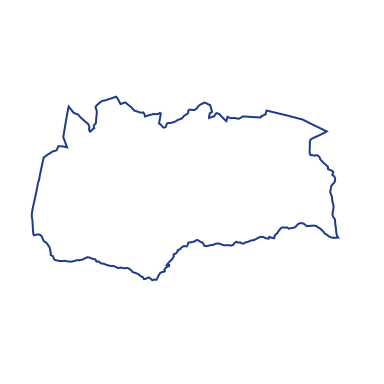 Keiyo South, Rift Valley, Kenya, rotated 102°
{"feature_id": "3690345B51361114330680", "entity_name": "Keiyo South", "entity_type": "district", "adm_level": 2, "iso_a3": "KEN", "parent_name": "Kenya", "parent_adm1": "Rift Valley", "projection": "mercator", "projection_center": [35.567, 0.379], "detail": "fine", "context": "isolated", "style": "outline", "palette": "blue", "viewbox_px": 384, "rotation_deg": 102, "n_neighbors": 0, "source": "geoboundaries", "source_scale": "gbopen_adm2", "svg_char_len": 6057}
<svg xmlns="http://www.w3.org/2000/svg" viewBox="0 0 384 384"><g transform="rotate(102 192 192)"><path d="M189.0,344.2L193.7,344.3L206.9,344.3L212.3,344.1L213.1,344.2L214.0,344.5L224.5,344.3L230.8,344.3L238.8,344.4L242.3,344.4L245.0,344.3L249.1,343.7L250.0,343.3L253.0,342.2L256.5,341.2L260.5,340.1L262.8,339.5L265.5,338.7L267.2,337.8L266.2,335.6L265.4,333.5L265.7,331.0L267.2,329.3L267.7,329.0L269.4,327.9L270.9,326.6L271.8,324.3L272.9,322.5L274.3,321.5L275.1,320.3L276.8,319.2L278.7,318.5L281.0,317.5L282.9,317.2L283.7,314.7L286.0,313.3L287.0,311.9L287.0,309.1L287.0,307.3L286.6,304.9L285.8,302.4L285.7,298.3L285.4,296.3L284.5,293.8L283.4,291.9L282.4,289.7L282.2,287.9L281.4,286.4L280.7,284.8L279.5,283.4L278.6,282.1L278.0,281.3L277.5,280.8L277.4,278.8L278.0,275.5L278.1,272.6L280.0,270.9L279.3,269.1L280.7,266.4L280.6,264.9L280.6,262.8L281.1,260.5L281.2,258.1L281.2,255.5L280.7,253.8L281.2,250.8L281.8,248.4L280.7,246.0L280.7,243.5L280.6,241.9L279.8,240.3L279.9,238.1L281.0,235.5L282.7,233.4L282.8,231.5L283.5,227.3L284.9,225.0L285.6,222.2L287.2,220.9L286.7,219.4L285.4,218.0L284.9,217.2L284.5,216.4L285.4,214.4L286.6,212.5L285.6,210.9L285.3,208.6L284.1,208.2L283.2,207.9L280.4,207.3L277.5,206.1L275.3,202.1L273.7,202.9L272.1,202.1L270.5,201.0L269.2,199.0L268.2,199.2L268.5,201.4L266.0,200.2L263.9,198.9L262.2,197.6L261.6,197.3L260.8,197.1L258.7,196.4L256.7,197.0L255.4,194.9L252.6,193.6L251.7,193.8L250.5,191.8L248.1,190.5L246.5,188.5L246.5,186.1L244.6,185.2L243.1,185.1L242.2,185.0L241.9,184.1L241.4,182.5L240.6,180.7L239.9,179.5L237.8,177.1L238.2,175.3L238.5,174.5L238.8,173.9L239.3,172.3L239.1,171.4L240.6,169.8L242.2,168.6L242.0,167.0L241.0,164.3L239.9,162.3L239.5,160.4L237.9,158.5L237.1,156.5L236.8,154.7L237.5,149.8L236.9,147.4L236.7,146.6L236.4,144.8L236.4,143.5L236.3,142.8L235.3,140.8L233.4,140.0L232.8,139.6L231.5,138.4L232.0,136.3L231.2,134.5L232.0,132.4L231.6,130.6L230.3,129.5L229.3,127.1L227.4,124.6L226.1,121.4L224.5,119.4L223.1,117.7L221.5,115.5L221.2,112.7L221.9,110.5L221.8,108.8L221.7,107.4L219.9,107.1L220.2,104.5L220.1,102.0L218.4,102.2L216.2,101.4L214.3,99.9L212.4,99.3L210.3,98.3L208.5,97.2L207.6,95.6L207.6,93.7L206.9,91.5L207.8,89.8L206.7,87.7L206.0,85.5L205.0,83.9L203.2,82.7L201.0,81.3L199.8,79.3L199.7,76.4L200.7,74.1L201.6,72.7L200.9,70.4L200.0,67.8L199.5,65.6L199.5,62.9L200.2,61.9L200.9,59.6L201.7,57.9L202.2,57.2L202.6,56.6L203.6,55.1L205.2,53.2L205.7,51.3L207.0,48.8L207.5,46.1L207.5,45.2L207.0,42.2L206.5,40.6L206.2,39.5L204.6,41.1L201.5,42.5L198.9,43.3L196.9,43.9L193.6,45.2L191.0,45.9L189.0,46.6L187.2,48.5L185.0,49.9L182.4,50.1L179.6,50.2L177.2,50.4L174.8,51.2L173.0,52.3L170.7,53.2L167.8,54.0L165.3,55.6L163.3,56.8L161.0,56.9L158.6,56.9L156.7,56.9L155.1,56.0L153.5,55.0L151.6,54.4L149.4,54.7L147.2,56.0L146.0,58.4L143.3,57.8L142.2,59.1L141.8,61.4L141.2,63.8L139.0,64.3L137.9,66.2L136.3,69.0L135.0,71.1L133.2,73.5L131.6,74.3L130.5,76.0L130.2,76.8L130.1,78.1L131.0,79.6L130.9,82.0L131.2,83.8L129.3,85.1L126.3,85.6L123.6,86.2L121.9,86.4L119.1,87.0L116.1,87.0L114.1,84.8L112.2,82.2L109.1,78.0L107.6,76.2L107.2,75.7L106.5,74.7L104.7,72.8L102.3,82.6L99.9,92.4L98.1,98.8L98.0,102.6L97.8,105.5L97.7,106.9L97.8,107.7L97.6,109.0L97.6,111.0L97.4,113.6L97.4,115.3L97.3,118.1L97.2,121.7L97.2,123.4L96.8,136.0L97.7,136.1L101.1,136.3L101.2,137.1L101.7,137.7L102.5,138.3L102.9,139.0L103.1,139.8L103.8,139.7L104.6,140.2L104.9,140.7L105.8,146.6L106.1,148.3L106.7,153.1L107.5,157.8L110.7,161.6L110.7,162.9L110.8,165.8L110.9,166.4L111.8,169.8L111.1,172.9L115.5,173.1L115.2,173.8L113.4,176.7L111.0,180.2L110.6,180.9L109.9,181.7L109.8,184.5L110.5,184.9L112.3,185.7L113.8,186.4L113.9,187.3L115.0,189.1L116.1,190.6L115.5,190.8L114.7,191.0L113.9,191.0L111.2,190.9L110.7,190.5L110.5,189.9L110.0,189.5L109.5,189.1L108.9,189.3L105.8,191.0L103.3,192.2L103.2,192.7L103.2,193.3L102.9,193.9L102.7,194.8L102.4,195.7L102.2,196.5L102.0,197.8L102.1,198.7L102.6,199.4L103.3,200.0L103.8,200.7L104.3,201.4L104.8,202.0L105.3,202.5L105.8,203.0L106.8,203.6L108.2,204.2L109.2,204.7L109.9,205.2L110.4,205.6L110.8,206.1L111.3,206.8L111.5,207.8L111.7,209.8L112.0,211.4L112.2,212.0L112.7,212.3L113.5,212.5L114.3,212.4L114.8,212.2L115.4,212.2L116.1,212.5L117.2,213.5L118.8,215.2L119.2,215.6L120.0,216.0L120.8,216.5L121.3,216.8L122.2,217.1L122.6,218.2L123.1,218.8L123.5,219.3L123.9,219.9L124.3,220.6L124.8,221.3L125.4,221.9L125.9,222.3L126.5,222.8L127.0,223.6L127.7,224.9L128.8,227.0L129.1,228.0L129.2,228.8L129.4,229.4L129.8,230.3L130.6,230.8L131.3,230.9L132.7,231.1L133.6,231.2L134.3,231.7L134.8,232.7L134.7,233.7L134.3,234.5L133.8,235.1L133.2,235.7L132.7,236.5L132.3,237.3L132.0,237.9L131.8,238.6L129.2,238.5L128.5,238.6L125.2,238.7L121.7,238.9L121.3,239.8L121.7,240.2L122.4,241.0L123.0,242.0L123.2,242.9L123.4,243.5L123.5,244.1L123.6,244.7L123.7,245.6L123.9,246.3L124.4,247.1L125.0,248.4L125.9,250.1L127.9,253.6L125.3,255.0L124.3,256.4L124.6,257.0L124.8,257.5L125.0,258.0L125.0,258.9L124.9,260.6L124.7,261.9L124.5,263.6L124.5,264.5L124.4,265.3L123.8,266.2L123.4,266.9L122.1,268.3L118.2,276.0L120.9,280.2L119.4,281.4L117.8,282.7L117.1,283.4L114.5,285.9L114.9,286.6L115.3,287.4L116.3,288.9L116.7,289.6L118.4,292.5L119.2,293.7L119.5,294.5L119.9,295.1L120.4,295.9L120.8,296.8L121.2,297.9L121.7,298.8L122.2,299.5L123.3,300.4L123.9,300.8L125.2,301.9L125.7,302.3L126.2,302.7L126.9,303.1L127.8,303.5L128.6,304.0L129.5,303.8L132.4,302.1L133.2,301.8L133.8,301.7L135.5,301.4L136.3,301.4L138.1,301.2L138.9,301.1L139.7,301.0L142.7,300.6L144.4,300.3L145.5,300.8L147.4,301.9L148.0,301.7L148.8,301.5L150.0,300.9L150.5,301.4L151.1,302.0L151.7,302.7L152.3,302.9L154.1,303.9L154.0,304.7L153.2,305.1L152.5,305.4L151.9,305.9L150.2,305.7L147.2,307.5L144.3,312.9L142.1,316.7L139.9,319.5L139.2,324.2L136.9,326.9L134.1,330.4L139.3,330.4L144.9,330.2L147.2,330.1L152.6,329.9L158.7,329.6L165.0,329.4L171.0,325.6L174.3,323.5L174.2,327.6L175.0,332.2L179.2,333.1L179.7,333.6L180.0,334.2L181.1,336.3L181.7,337.1L182.2,337.7L182.8,338.2L183.4,338.7L183.8,339.1L184.4,339.9L185.1,340.6L186.3,341.7L186.8,342.2L187.6,342.8L189.0,344.2Z" fill="none" stroke="#1e3a8a" stroke-width="2"/></g></svg>